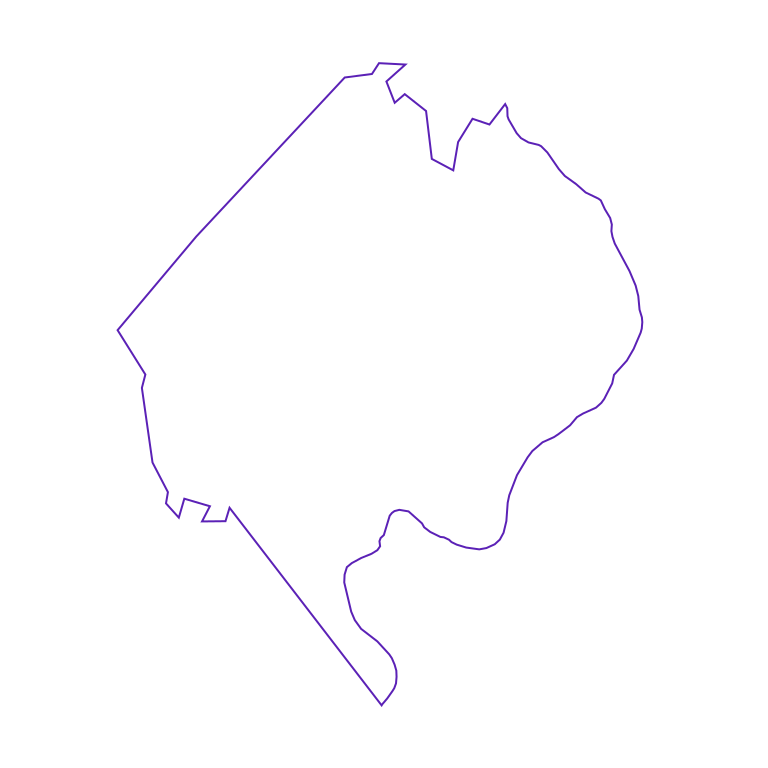 outline of Union, Kentucky, United States of America, rotated 176°
{"feature_id": "52423323B17391793858856", "entity_name": "Union", "entity_type": "district", "adm_level": 2, "iso_a3": "USA", "parent_name": "United States of America", "parent_adm1": "Kentucky", "projection": "robinson", "projection_center": [-88.002, 37.687], "detail": "fine", "context": "isolated", "style": "outline", "palette": "violet", "viewbox_px": 768, "rotation_deg": 176, "n_neighbors": 0, "source": "geoboundaries", "source_scale": "gbopen_adm2", "svg_char_len": 1610}
<svg xmlns="http://www.w3.org/2000/svg" viewBox="0 0 768 768"><g transform="rotate(176 384 384)"><path d="M243.6,654.8L260.7,635.5L277.2,642.4L293.2,620.2L300.0,592.3L320.6,605.2L323.0,653.4L343.1,671.7L353.7,663.8L360.5,685.6L340.4,701.2L366.6,704.4L374.4,694.1L401.8,692.5L561.0,544.2L646.0,456.3L621.4,410.1L625.8,397.0L620.4,321.8L607.1,291.2L609.8,280.1L598.0,265.0L591.2,283.5L566.2,274.2L575.1,259.6L551.7,258.2L546.7,271.3L408.8,63.6L408.0,64.7L402.7,70.1L396.9,77.2L395.0,79.8L392.9,84.5L391.9,91.0L391.7,97.2L393.0,103.3L395.3,109.9L397.6,113.9L408.6,127.7L423.9,141.3L429.6,150.5L432.6,159.2L437.5,188.8L436.6,196.6L433.8,203.9L428.6,207.6L418.7,212.1L408.3,215.5L402.2,218.7L399.2,222.4L399.5,227.5L398.1,230.6L394.7,233.3L387.5,252.2L385.1,254.8L382.4,256.5L377.5,257.4L368.4,255.2L355.8,242.3L353.9,238.2L348.2,233.2L338.4,227.5L335.0,226.9L330.0,224.1L327.7,221.6L322.7,218.7L313.4,215.1L300.5,212.4L293.3,213.2L284.7,216.4L279.3,220.7L275.1,227.3L271.5,238.7L268.9,256.9L266.8,264.3L257.7,283.8L245.8,300.9L240.7,306.8L229.9,314.8L218.3,319.1L213.5,321.8L201.3,329.8L193.8,337.5L187.4,340.7L174.2,345.6L168.5,350.0L165.3,353.8L156.3,368.7L153.9,377.1L140.1,390.4L132.5,401.6L124.4,417.3L123.0,421.3L122.0,427.7L122.1,432.5L123.9,440.3L124.2,454.0L126.1,464.6L131.2,479.5L144.0,508.0L145.8,514.8L146.5,520.6L145.6,527.2L146.8,533.8L151.5,543.0L154.9,552.0L157.1,553.9L169.5,561.0L178.4,570.0L189.1,578.9L194.6,586.2L204.9,603.6L210.7,610.3L213.0,611.7L223.0,614.9L230.2,619.7L234.2,625.0L241.2,639.2L242.1,642.5L241.8,650.6L243.6,654.8Z" fill="none" stroke="#5b21b6" stroke-width="2"/></g></svg>